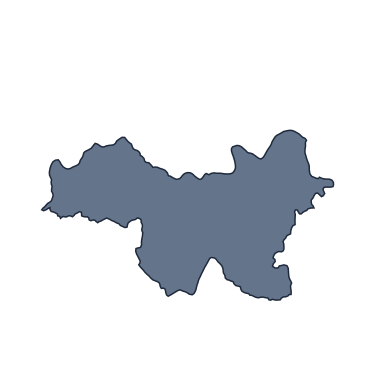 the district of Virgem da Lapa, Minas Gerais, Brazil, rotated 299°
{"feature_id": "56859067B3157753034175", "entity_name": "Virgem da Lapa", "entity_type": "district", "adm_level": 2, "iso_a3": "BRA", "parent_name": "Brazil", "parent_adm1": "Minas Gerais", "projection": "albers", "projection_center": [-42.339, -16.692], "detail": "fine", "context": "isolated", "style": "filled", "palette": "slate", "viewbox_px": 384, "rotation_deg": 299, "n_neighbors": 0, "source": "geoboundaries", "source_scale": "gbopen_adm2", "svg_char_len": 5466}
<svg xmlns="http://www.w3.org/2000/svg" viewBox="0 0 384 384"><g transform="rotate(299 192 192)"><path d="M274.9,237.7L272.6,238.1L270.7,238.2L268.4,238.0L265.3,237.7L262.0,237.7L258.7,237.7L256.7,237.5L254.3,236.3L253.8,234.1L254.0,232.0L254.4,229.4L254.7,226.5L254.3,224.3L253.6,222.6L253.6,220.9L254.3,219.0L254.7,217.2L255.1,215.2L255.5,213.4L255.4,210.9L254.5,208.7L252.9,207.2L251.1,205.6L249.0,205.5L247.1,206.6L245.1,208.6L243.4,210.6L241.6,212.5L239.8,214.3L237.9,215.9L236.1,217.2L234.0,218.4L232.1,218.7L229.9,218.7L228.2,218.1L226.8,217.0L225.7,215.5L224.7,213.8L223.8,212.0L222.9,209.7L222.1,207.5L221.2,206.0L220.3,204.3L219.4,202.0L217.7,199.9L215.3,198.3L215.1,195.5L213.6,194.7L210.6,194.4L207.8,193.9L206.7,192.5L206.7,190.1L207.2,186.7L208.0,183.8L208.0,181.2L206.7,178.6L205.1,177.0L203.7,176.2L201.7,175.6L199.4,175.3L197.8,174.7L196.6,173.6L195.5,172.1L195.3,170.3L195.2,168.0L195.4,165.8L194.8,163.4L196.9,161.1L197.9,157.9L197.7,155.3L197.1,152.6L196.9,150.0L196.1,147.9L194.6,145.9L195.4,144.1L196.0,142.4L196.7,140.0L195.6,137.6L196.1,135.6L197.9,133.9L198.9,131.3L199.0,128.9L200.5,127.9L201.4,126.2L201.8,124.2L201.3,122.1L201.3,119.8L202.6,117.9L204.5,115.8L204.7,113.8L205.2,111.3L206.1,109.0L207.1,106.7L205.9,104.3L203.3,102.9L200.1,101.4L197.5,101.5L195.2,100.5L193.7,98.5L192.3,96.5L190.6,94.6L188.9,93.3L187.8,91.4L187.8,89.1L188.1,86.3L187.6,83.8L185.8,83.3L184.0,83.1L181.4,82.7L178.6,81.0L176.9,79.8L175.4,78.8L173.5,78.4L170.6,79.2L168.3,79.2L166.7,79.0L165.0,79.0L162.9,79.5L160.6,79.1L158.3,77.5L156.1,75.7L153.6,74.2L152.0,72.5L151.3,70.2L151.5,67.1L152.8,64.1L154.4,61.6L155.3,59.4L153.6,57.1L151.1,55.8L148.5,55.7L146.1,55.9L143.6,56.5L140.2,57.6L137.7,59.2L136.1,61.3L134.7,63.2L132.6,63.9L130.6,65.2L129.1,66.9L126.8,67.7L124.6,68.8L123.3,70.9L121.5,72.3L119.6,72.7L117.5,73.1L115.6,73.2L113.9,72.4L112.3,71.4L110.1,70.8L107.6,70.3L105.7,69.5L103.6,69.2L103.7,71.3L105.7,73.0L107.8,74.1L109.5,75.3L107.7,76.4L106.7,78.4L107.3,80.3L107.5,82.7L107.5,85.0L106.0,86.1L106.6,88.0L105.2,89.8L108.0,90.9L109.1,94.1L110.8,95.2L112.1,96.8L112.4,99.5L114.4,100.2L116.3,100.5L118.0,101.8L120.2,103.1L120.6,105.2L119.0,106.2L117.6,107.1L117.9,109.1L118.6,111.0L119.6,112.5L119.2,114.3L117.7,115.6L117.9,117.6L119.4,118.8L120.2,120.5L119.7,122.4L119.4,124.4L121.1,125.2L122.3,126.4L124.1,127.4L125.7,128.5L127.8,129.9L128.2,133.2L128.1,135.8L128.5,138.3L128.4,141.0L128.8,143.5L128.0,145.5L128.2,148.0L128.4,150.6L129.7,152.2L132.0,151.5L134.1,151.2L136.0,152.0L137.8,152.9L139.1,154.3L140.6,155.9L142.8,156.7L143.4,159.1L142.9,161.1L141.0,162.1L139.6,164.1L137.9,165.4L135.7,165.9L133.9,166.9L132.6,168.6L130.4,169.6L128.3,170.4L126.3,171.0L123.8,172.0L121.4,173.5L118.5,173.8L116.9,171.9L115.4,170.4L112.9,171.5L111.0,173.5L109.4,175.9L107.9,178.1L106.4,180.3L104.4,180.9L102.5,180.7L101.2,183.7L100.1,187.2L98.9,190.0L98.2,192.6L97.7,195.1L96.6,198.2L96.2,200.5L96.5,202.7L96.8,205.1L96.8,206.9L95.9,208.4L94.0,210.0L92.8,211.9L94.1,213.7L94.0,215.5L92.8,216.7L91.2,217.9L89.6,219.8L89.3,221.7L91.4,223.1L94.1,224.6L97.0,226.3L99.3,227.6L100.7,229.2L100.8,231.1L101.1,232.9L101.5,234.7L101.6,236.4L101.3,239.1L102.2,242.0L104.3,243.0L106.9,243.0L108.9,242.7L111.1,242.0L113.2,241.5L115.4,241.1L117.5,240.6L119.6,240.3L122.2,240.2L125.9,239.9L129.2,239.8L131.8,239.6L134.5,239.7L137.0,239.7L138.7,239.7L140.9,239.7L142.6,239.7L144.1,240.7L145.2,243.5L144.8,246.0L143.6,248.4L142.8,251.5L141.7,254.2L139.9,256.3L138.0,257.6L136.5,258.7L135.6,260.3L134.6,261.6L132.9,262.8L132.3,265.2L132.9,267.2L133.0,269.3L133.5,271.5L132.1,273.2L131.4,275.6L132.1,278.1L132.6,280.1L130.6,282.0L129.5,283.6L129.4,286.5L129.9,288.8L130.6,290.9L129.8,292.6L130.6,294.3L130.7,297.2L131.0,299.5L131.9,301.7L133.2,303.0L134.5,305.0L135.2,307.6L136.1,309.8L135.0,311.5L135.5,313.2L137.1,314.3L137.9,317.2L139.2,319.6L140.5,321.5L142.5,321.6L144.7,322.9L145.7,324.7L147.6,326.3L149.5,326.8L150.4,328.3L152.6,327.2L154.3,326.1L156.1,324.6L158.2,323.5L160.6,323.3L161.9,321.7L162.9,320.0L164.4,318.2L165.7,317.2L167.8,315.8L170.0,314.4L172.1,313.0L173.6,310.7L172.8,307.7L171.1,305.9L169.7,304.2L167.5,304.2L165.8,301.6L166.0,298.5L168.8,297.9L171.5,298.5L173.2,297.2L173.6,294.9L175.9,294.3L178.7,294.5L180.7,295.6L182.1,296.9L183.1,299.3L184.8,300.3L186.7,300.0L189.1,298.7L191.2,297.3L192.8,295.7L194.6,295.6L197.1,296.2L200.0,296.2L201.6,297.4L203.2,298.5L205.3,297.5L207.0,296.9L209.4,296.5L211.8,296.7L213.4,298.0L215.6,296.7L218.3,295.2L220.6,294.1L222.6,293.1L224.1,291.5L226.4,291.1L227.3,292.8L226.0,294.8L225.0,296.6L225.9,298.2L227.9,298.8L229.9,299.9L231.4,301.3L233.5,301.6L235.5,303.6L237.2,306.4L238.5,304.7L239.2,302.7L241.1,301.1L242.9,300.2L245.2,300.7L247.9,300.5L250.6,300.7L252.0,302.3L251.5,304.6L250.7,307.5L252.3,308.6L255.0,308.8L256.5,306.8L257.8,305.3L260.0,305.2L261.4,307.0L262.3,308.8L263.4,310.8L265.1,312.7L266.9,312.3L269.0,311.0L270.2,308.6L269.9,306.1L268.3,303.0L267.2,300.4L266.9,298.7L266.7,296.3L264.9,296.0L264.2,293.6L264.0,291.6L263.7,289.1L265.0,286.4L266.8,284.9L268.6,283.6L270.3,282.7L272.2,281.4L273.8,279.6L275.3,277.7L277.1,275.7L279.2,273.7L280.8,272.0L282.9,270.7L285.3,269.7L287.5,268.9L288.9,267.9L290.8,267.1L292.7,267.1L293.7,265.0L293.5,261.9L294.2,259.4L294.7,257.1L294.7,254.6L294.7,251.9L294.3,249.7L293.4,247.7L292.2,246.1L291.0,244.7L289.4,242.9L287.8,241.9L286.0,240.9L284.0,239.6L282.3,238.5L280.2,237.9L277.9,237.8L274.9,237.7Z" fill="#64748b" stroke="#1e293b" stroke-width="1.5"/></g></svg>